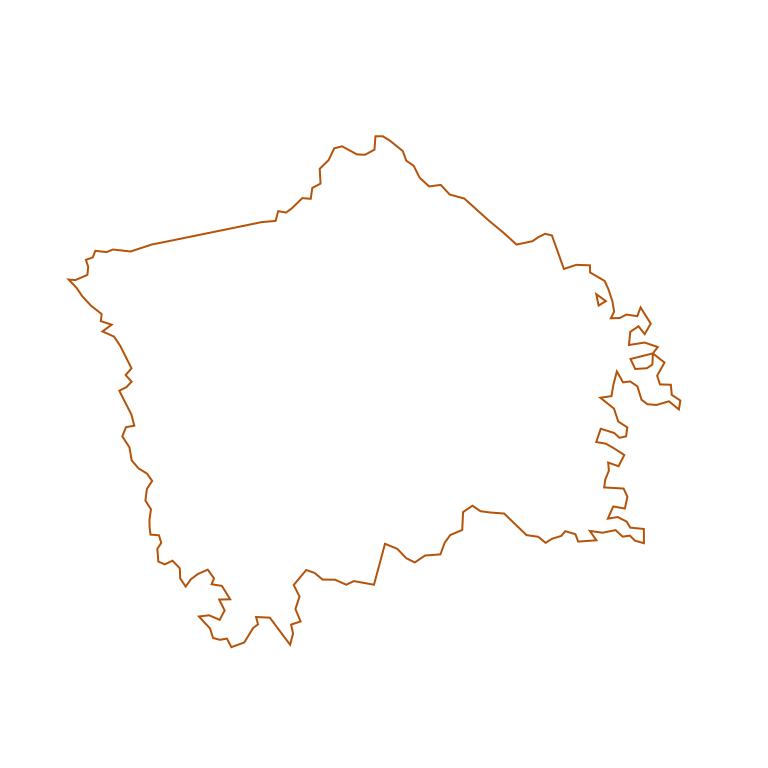 the district of Não-Me-Toque, Rio Grande do Sul, Brazil, rotated 340°
{"feature_id": "56859067B13255283140356", "entity_name": "Não-Me-Toque", "entity_type": "district", "adm_level": 2, "iso_a3": "BRA", "parent_name": "Brazil", "parent_adm1": "Rio Grande do Sul", "projection": "natural_earth1", "projection_center": [-52.81, -28.462], "detail": "fine", "context": "isolated", "style": "outline", "palette": "amber", "viewbox_px": 768, "rotation_deg": 340, "n_neighbors": 0, "source": "geoboundaries", "source_scale": "gbopen_adm2", "svg_char_len": 2904}
<svg xmlns="http://www.w3.org/2000/svg" viewBox="0 0 768 768"><g transform="rotate(340 384 384)"><path d="M123.4,178.0L128.0,188.6L130.5,198.5L135.5,210.3L142.6,221.7L139.4,228.1L148.4,235.1L137.4,238.3L146.5,247.1L149.2,258.0L152.1,282.9L144.3,287.2L147.6,295.5L141.0,298.8L133.0,299.8L134.5,312.9L136.2,326.0L135.1,337.8L126.8,336.3L120.2,343.7L123.1,356.5L120.8,369.4L124.4,379.2L130.6,387.1L133.0,395.8L125.4,401.4L119.9,412.0L122.2,422.0L117.0,431.7L114.7,438.5L113.1,445.7L120.8,449.2L120.3,457.1L114.6,461.4L111.2,473.7L116.3,478.5L124.8,477.7L129.1,487.4L126.0,496.9L128.3,506.5L135.8,501.4L144.1,498.9L154.9,498.2L157.8,508.5L153.5,513.2L162.6,518.3L165.8,533.7L155.4,530.2L156.8,542.3L148.9,549.4L140.5,541.5L130.6,539.2L136.9,554.2L136.5,564.2L142.4,568.3L149.3,569.5L150.6,579.1L164.3,579.1L177.6,568.5L183.4,566.8L184.1,559.2L196.8,564.5L206.6,596.9L213.2,587.4L214.4,578.3L224.4,578.6L223.8,565.2L231.9,554.9L230.4,542.0L247.3,532.2L254.1,537.7L259.4,546.8L271.0,551.1L279.9,559.7L288.3,558.9L305.9,569.2L330.3,534.5L340.1,543.5L345.4,555.4L351.9,562.2L363.9,559.2L378.7,563.4L386.8,553.9L394.5,548.6L407.6,547.9L414.5,531.4L425.5,528.6L431.1,536.5L439.9,541.1L452.6,546.8L457.5,556.9L466.3,574.8L476.7,580.3L481.5,588.5L489.0,586.9L498.5,587.4L504.0,584.3L512.5,590.6L512.6,598.5L530.1,603.5L527.2,592.5L538.5,598.5L551.6,600.5L556.1,609.1L563.2,610.6L566.3,617.1L573.8,622.5L578.6,609.1L566.3,603.2L564.9,596.2L558.0,588.9L548.3,587.1L557.5,577.5L567.8,583.4L574.2,573.1L573.4,564.2L555.5,556.5L559.2,549.5L565.7,542.3L567.8,534.5L576.3,541.5L585.5,532.9L578.6,523.7L572.1,516.0L563.6,511.1L572.4,500.2L583.6,508.8L586.9,515.1L593.6,516.0L597.8,508.0L591.3,499.4L591.7,485.8L582.6,470.9L593.6,473.2L598.9,463.8L607.1,451.8L609.2,464.2L616.2,465.8L621.3,472.8L620.6,486.8L624.6,493.1L632.8,496.9L645.8,497.7L652.4,508.8L656.8,500.9L650.7,492.6L653.3,482.8L643.2,478.8L643.5,469.7L654.9,459.8L647.1,447.2L653.9,442.9L643.1,434.2L627.5,431.1L633.3,419.2L642.9,416.8L646.0,426.3L655.3,418.5L651.3,399.8L645.2,406.9L635.6,401.7L627.9,402.6L619.6,399.8L625.0,394.8L626.9,384.5L627.3,371.8L626.6,362.6L615.8,349.7L618.1,342.9L605.4,337.8L592.4,337.4L592.6,301.8L586.8,298.0L579.0,298.8L572.4,300.6L556.2,298.3L548.4,283.4L538.5,266.5L531.4,253.2L522.9,237.2L510.6,228.5L505.4,216.3L494.0,213.8L488.1,202.5L486.5,189.1L481.3,181.8L481.3,171.5L472.8,157.4L467.6,150.8L460.7,148.3L455.2,160.5L444.5,162.1L437.0,158.9L425.9,146.3L417.8,145.5L408.6,154.6L397.2,159.8L392.9,174.0L383.7,175.2L378.5,184.9L370.8,181.4L357.5,187.4L350.6,189.4L343.7,185.4L337.9,193.7L324.8,190.1L224.4,175.2L213.7,173.5L191.2,172.8L175.2,164.9L168.4,165.2L158.3,160.1L153.6,165.4L146.3,165.4L146.1,172.8L142.6,180.0L129.6,180.8L123.4,178.0ZM647.1,447.2L642.9,457.5L636.4,459.1L625.2,455.8L624.2,444.8L647.1,447.2ZM620.8,382.0L612.5,383.7L614.2,372.2L620.8,382.0Z" fill="none" stroke="#b45309" stroke-width="2"/></g></svg>